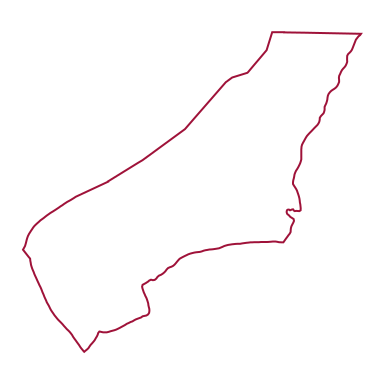 the district of Harib, Ma'rib, Yemen
{"feature_id": "15242507B38885789134427", "entity_name": "Harib", "entity_type": "district", "adm_level": 2, "iso_a3": "YEM", "parent_name": "Yemen", "parent_adm1": "Ma'rib", "projection": "mercator", "projection_center": [45.379, 14.919], "detail": "fine", "context": "isolated", "style": "outline", "palette": "rose", "viewbox_px": 384, "rotation_deg": 0, "n_neighbors": 0, "source": "geoboundaries", "source_scale": "gbopen_adm2", "svg_char_len": 4681}
<svg xmlns="http://www.w3.org/2000/svg" viewBox="0 0 384 384"><path d="M361.0,33.8L305.2,32.7L284.1,32.4L284.1,32.2L272.2,32.2L266.6,50.2L260.1,57.9L253.9,65.2L248.1,72.1L247.4,72.8L232.2,77.5L225.8,82.2L193.4,119.4L185.0,129.1L142.5,160.2L138.1,162.8L108.0,181.4L108.1,181.7L75.7,196.8L74.1,197.9L72.5,198.9L70.7,200.0L69.1,200.9L67.2,201.9L65.7,202.9L64.0,204.0L62.4,205.2L60.6,206.3L58.8,207.6L57.0,208.8L55.2,210.0L53.6,211.0L52.7,211.6L51.8,212.1L50.2,213.1L48.7,214.2L47.1,215.3L45.3,216.7L43.7,218.0L42.2,219.1L40.5,220.3L38.7,222.0L37.2,223.3L35.7,224.7L34.4,226.0L33.2,227.5L32.1,229.2L31.0,230.8L30.0,232.4L28.9,234.1L28.7,234.6L28.0,235.9L27.3,237.8L26.7,239.8L26.2,241.9L25.7,243.8L25.1,245.8L25.0,246.1L23.0,249.7L28.8,257.1L30.1,258.6L30.3,260.7L30.7,262.7L31.0,264.8L31.6,266.8L32.2,268.6L32.9,270.3L33.7,272.1L34.4,274.1L35.2,275.9L36.1,277.8L36.9,279.6L37.8,281.6L38.6,283.3L39.5,285.3L40.4,287.0L41.2,288.8L41.9,290.6L42.6,292.5L43.0,293.3L43.6,294.7L44.4,296.8L45.3,298.8L46.1,300.5L46.8,302.3L47.8,304.0L48.9,305.9L49.8,307.8L50.8,309.8L51.9,311.5L53.3,313.5L54.5,315.3L55.8,316.9L57.0,318.4L58.2,319.8L59.6,321.2L61.1,322.7L62.7,324.4L64.1,326.1L65.4,327.5L66.7,329.0L68.2,330.4L69.5,331.7L70.9,333.4L72.1,335.0L73.1,336.8L74.5,338.8L75.7,340.4L76.9,342.1L78.0,343.6L79.1,345.1L80.2,346.9L81.3,348.4L82.5,349.8L83.7,351.3L84.2,351.8L85.5,350.7L87.0,349.5L88.4,348.2L89.5,346.5L90.7,344.8L92.1,343.3L93.3,341.9L93.8,341.3L94.5,340.4L94.9,339.8L95.5,338.7L95.9,338.0L96.9,336.4L97.7,334.7L98.2,333.0L99.4,331.5L99.5,331.5L101.2,331.9L103.0,332.3L104.9,332.3L106.9,332.3L108.9,331.8L110.7,331.2L112.6,330.7L114.5,330.2L116.2,329.6L118.1,328.7L119.9,327.8L121.7,326.8L123.4,325.9L125.2,324.9L126.8,323.8L128.7,323.0L130.6,322.0L132.4,321.4L134.0,320.4L135.6,319.5L137.4,318.8L139.3,318.1L141.0,317.5L142.6,316.3L144.5,315.9L146.4,315.5L148.0,314.5L149.1,312.9L149.4,310.9L149.3,308.9L148.8,307.0L148.4,305.2L148.2,303.4L147.6,301.4L147.0,299.5L146.3,297.7L145.4,296.0L144.7,294.3L143.8,292.4L143.1,290.3L142.5,288.5L142.1,286.7L142.6,284.8L144.3,283.9L146.1,282.9L146.3,282.7L147.8,281.8L148.6,281.1L149.3,280.5L151.0,279.7L152.9,280.2L154.7,279.9L156.3,278.6L157.5,276.9L159.0,275.6L160.8,274.9L162.6,273.8L164.3,272.4L165.6,271.0L166.5,269.7L168.0,268.1L169.7,267.3L171.5,266.7L173.2,265.8L174.7,264.5L175.9,263.1L177.1,261.6L178.3,260.2L179.6,258.8L181.3,257.8L183.0,256.9L185.0,255.9L186.7,255.1L188.3,254.3L190.3,253.6L192.2,253.1L194.2,252.6L196.0,252.3L197.9,252.1L199.9,251.9L201.8,251.4L203.6,250.7L205.6,250.2L207.5,249.9L209.5,249.5L211.5,249.4L213.3,249.2L215.3,248.9L217.2,248.6L217.7,248.5L219.0,248.3L220.7,247.6L222.4,246.9L224.3,246.0L226.3,245.4L228.2,244.9L230.2,244.6L232.0,244.3L233.9,244.1L235.8,243.9L237.8,243.8L240.1,243.8L242.2,243.4L244.3,243.1L246.5,242.8L248.5,242.6L250.7,242.3L252.7,242.3L254.2,242.2L254.4,242.2L254.6,242.2L254.9,242.2L256.7,242.2L258.8,242.2L261.1,242.0L263.1,242.0L265.1,242.0L267.0,242.0L268.9,241.9L271.2,241.7L273.2,241.5L275.3,241.5L277.2,241.8L279.0,242.2L280.9,242.3L282.8,242.3L283.4,242.3L283.7,241.9L284.8,240.3L286.0,238.6L287.2,237.0L288.4,235.3L289.7,233.7L290.6,232.0L290.7,230.1L290.9,228.2L291.4,226.3L292.4,224.3L293.3,222.6L294.0,220.9L293.6,219.0L291.9,217.9L290.3,216.9L289.0,215.4L287.4,214.1L287.1,213.7L286.7,212.5L286.7,211.2L287.1,210.1L287.7,209.7L288.4,209.6L289.0,209.6L290.0,210.3L291.0,209.9L292.3,209.4L293.2,209.4L293.7,210.3L293.9,210.6L294.4,210.9L294.7,211.1L296.3,210.9L296.7,210.9L297.6,211.0L299.4,211.1L300.6,210.3L300.7,208.3L300.5,206.3L300.3,204.4L299.9,202.5L299.7,200.4L299.4,198.4L298.9,196.4L298.3,194.5L297.6,192.5L297.0,190.7L296.2,189.1L295.2,187.5L294.0,185.7L293.0,184.0L293.0,182.1L293.3,180.2L293.8,178.4L294.2,176.5L294.5,174.5L295.2,172.6L296.0,170.8L297.2,169.0L298.2,167.3L299.3,165.1L300.1,163.4L300.8,161.3L301.3,159.4L301.3,157.3L301.3,155.2L301.3,153.1L301.3,151.1L301.3,149.0L301.4,148.6L301.5,146.8L302.0,144.8L302.9,143.0L303.9,141.2L304.9,139.4L305.9,137.6L307.0,135.9L308.4,134.3L309.9,132.7L311.4,131.2L313.0,129.5L314.3,128.1L315.9,126.5L317.4,125.0L318.5,123.4L319.3,121.7L319.7,119.8L319.8,117.8L320.8,116.2L322.1,114.8L323.5,113.4L324.1,111.9L324.6,109.9L324.6,106.9L325.3,105.3L326.2,103.5L326.8,101.6L327.3,99.7L327.5,97.7L327.9,95.6L328.7,93.8L330.0,92.1L331.3,90.8L332.9,89.7L334.5,88.7L336.1,87.4L337.5,85.6L338.3,83.9L339.1,82.0L339.1,79.9L338.9,77.8L339.2,75.8L340.2,73.8L340.9,72.1L341.9,70.2L343.1,68.7L344.6,67.1L345.7,65.6L346.6,63.6L347.2,61.8L347.1,59.9L347.1,58.0L347.2,55.8L348.1,54.1L349.6,52.7L350.9,51.3L351.9,49.8L352.7,47.9L355.9,39.7L358.5,36.3L360.1,35.1L361.0,33.8Z" fill="none" stroke="#9f1239" stroke-width="2"/></svg>